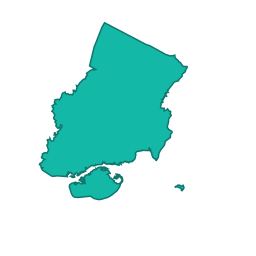 the district of City of Isabela, Philippines, rotated 208°
{"feature_id": "2640588B50898058307541", "entity_name": "City of Isabela", "entity_type": "district", "adm_level": 2, "iso_a3": "PHL", "parent_name": "Philippines", "parent_adm1": "", "projection": "albers", "projection_center": [121.969, 6.657], "detail": "fine", "context": "isolated", "style": "filled", "palette": "teal", "viewbox_px": 256, "rotation_deg": 208, "n_neighbors": 0, "source": "geoboundaries", "source_scale": "gbopen_adm2", "svg_char_len": 5770}
<svg xmlns="http://www.w3.org/2000/svg" viewBox="0 0 256 256"><g transform="rotate(208 128 128)"><path d="M189.0,54.1L187.4,54.0L186.0,52.1L184.7,52.8L185.0,51.5L183.5,50.6L172.9,49.7L171.2,50.3L167.9,52.6L160.7,55.7L160.0,56.5L159.3,56.4L159.6,56.9L158.9,57.0L160.0,58.2L159.9,58.3L159.5,58.1L159.4,58.1L159.1,59.0L159.8,58.4L159.8,59.0L159.0,59.3L159.3,60.1L160.3,60.6L159.8,61.2L159.0,60.7L158.3,61.7L157.3,61.8L156.9,62.5L157.0,61.8L156.3,61.0L154.3,61.7L153.3,61.3L152.9,62.5L153.2,63.2L152.6,64.3L151.6,64.3L150.8,63.4L150.5,63.9L150.3,63.1L149.7,63.7L149.5,63.0L150.4,62.4L149.9,62.3L149.2,63.3L148.3,65.9L149.1,65.5L149.2,66.4L148.6,66.8L148.5,67.7L148.0,67.9L147.8,67.4L147.0,68.1L146.8,67.7L146.3,68.4L146.8,68.2L146.8,68.8L145.2,70.2L146.1,72.1L145.7,72.4L146.5,72.5L146.9,73.2L146.3,73.4L145.1,72.7L142.6,77.7L141.3,78.7L140.8,78.2L139.1,79.7L139.2,80.2L138.9,80.0L137.8,81.3L134.3,83.3L133.8,83.9L134.2,86.2L133.2,85.6L132.8,86.1L131.6,85.9L131.8,86.5L131.2,86.0L129.6,86.6L129.3,86.2L128.4,87.5L127.9,87.2L126.6,88.3L126.4,87.8L125.9,88.1L126.1,88.6L125.5,88.9L125.7,89.3L125.3,88.8L125.5,89.5L125.0,88.8L125.1,89.5L124.8,88.9L124.5,89.6L124.4,88.7L123.5,89.3L123.2,88.8L123.6,90.7L122.9,90.9L122.4,90.1L120.3,90.7L120.1,90.3L118.9,90.8L118.4,91.1L119.2,91.9L119.2,92.8L117.0,92.7L118.4,94.2L116.2,94.8L115.0,97.2L114.6,97.6L113.5,97.0L112.7,97.9L111.3,97.6L110.8,97.9L111.1,98.6L108.5,100.4L108.3,101.0L108.7,101.3L108.0,101.6L107.4,103.8L108.5,108.2L109.7,109.1L109.3,111.2L105.1,114.5L105.3,114.8L98.3,118.2L97.9,118.9L98.7,118.7L100.0,120.1L99.4,120.3L97.9,119.2L96.9,117.8L95.2,117.0L94.8,116.0L92.3,113.8L90.2,113.2L89.3,113.8L88.4,112.7L87.7,112.7L87.5,116.5L88.8,120.0L88.9,123.4L87.8,130.2L88.8,133.8L86.1,139.5L87.5,142.4L87.0,144.9L87.8,145.7L91.1,145.7L93.9,147.2L95.0,152.3L96.3,154.9L95.8,159.4L96.4,160.0L97.2,159.8L97.9,162.4L98.7,162.7L99.4,162.2L102.1,163.5L102.6,162.0L103.8,160.3L104.4,160.2L105.2,162.4L107.8,161.2L109.1,161.5L109.7,164.2L110.5,165.1L110.5,166.6L109.7,166.4L109.3,167.2L110.4,168.3L110.3,170.2L111.2,169.7L110.6,170.8L111.0,171.9L110.4,172.2L110.8,173.8L109.2,173.8L108.8,174.2L109.2,174.5L110.0,174.2L110.2,175.1L111.3,175.7L110.8,176.1L111.1,176.8L110.3,176.9L110.1,177.8L109.4,178.2L110.1,178.4L110.1,179.8L111.0,180.1L110.3,181.3L108.7,190.4L105.5,193.5L105.9,194.3L104.5,199.2L105.5,200.7L103.8,204.7L104.4,206.0L104.2,209.3L104.7,210.0L107.8,208.5L108.9,208.5L112.7,210.5L114.2,210.2L115.1,211.0L119.4,212.1L120.9,214.3L122.6,212.6L124.8,211.4L129.5,210.6L147.6,210.9L150.9,210.2L198.1,209.9L198.3,205.0L195.8,183.1L191.1,164.8L184.0,164.5L185.1,163.4L186.8,163.0L188.2,161.2L190.3,156.8L188.7,155.8L189.2,153.8L188.6,151.5L190.1,150.3L191.7,145.4L192.1,141.5L193.4,141.3L192.0,139.6L191.2,135.9L191.5,135.4L193.0,136.1L194.1,135.5L192.9,134.2L192.4,131.4L194.5,130.7L195.5,129.7L197.1,130.1L198.6,129.1L199.2,129.1L200.3,130.2L202.2,127.9L201.5,124.0L201.7,120.6L203.1,120.6L205.6,118.7L205.1,116.2L203.1,115.3L204.2,114.8L204.8,113.2L204.6,112.4L205.4,112.0L204.4,110.8L203.2,110.6L202.7,110.0L203.0,107.0L201.8,106.9L198.8,105.2L198.4,102.0L197.2,101.0L194.9,100.8L195.3,99.0L193.2,98.1L192.7,96.0L190.2,94.9L189.4,95.1L188.8,96.7L188.7,99.4L187.6,99.3L186.7,97.7L187.2,96.6L188.1,96.0L187.0,95.0L188.5,91.3L187.4,90.9L187.3,89.1L188.4,88.9L189.1,88.1L190.0,89.5L190.6,89.2L189.9,87.1L188.8,87.6L187.8,87.1L188.8,84.4L187.9,82.6L188.0,81.3L189.7,80.5L192.0,82.2L191.7,81.5L192.1,80.8L193.3,80.2L193.7,79.4L192.0,78.1L191.1,75.8L191.6,74.7L187.8,71.3L187.6,68.0L190.1,67.0L191.4,64.9L190.5,63.0L190.8,61.9L190.2,61.1L187.0,61.0L187.5,60.7L188.0,56.6L189.0,55.8L189.0,54.1ZM143.2,41.7L139.5,43.2L129.1,50.2L124.9,49.8L120.8,50.8L118.7,52.0L113.4,57.1L111.0,60.9L108.2,67.6L107.8,72.1L108.4,75.5L107.7,78.3L108.9,80.5L110.7,82.0L111.5,81.7L113.7,82.8L116.9,81.7L116.4,81.0L116.8,80.6L116.4,80.8L115.8,81.9L113.8,81.7L114.9,80.9L114.4,80.5L114.9,80.2L113.6,79.1L114.4,77.8L115.1,78.2L115.7,79.4L116.1,78.6L117.0,78.9L116.9,76.8L114.0,77.9L112.8,81.2L111.4,81.0L109.7,79.9L108.8,80.1L108.5,79.3L108.9,78.3L108.6,77.6L109.3,75.4L108.7,74.6L109.7,74.7L110.3,74.2L110.1,73.7L110.5,74.1L111.1,73.8L111.3,74.4L111.4,73.8L112.4,73.9L111.9,74.3L113.3,73.6L115.4,74.0L115.6,74.5L114.5,75.2L115.7,74.6L119.2,75.8L120.5,75.2L121.2,76.2L123.7,77.4L124.0,78.0L124.3,77.8L123.5,79.5L122.8,79.5L122.3,78.8L122.4,79.6L125.2,81.1L127.4,81.1L128.5,80.5L128.1,79.9L129.1,79.1L129.5,79.5L131.0,79.1L131.4,78.7L131.2,78.5L132.1,78.5L131.8,79.2L132.3,79.1L132.3,79.8L132.7,79.9L132.1,80.2L132.4,80.5L132.1,80.7L128.2,81.4L129.1,81.8L128.0,82.0L128.0,81.6L126.8,82.5L130.3,82.5L130.5,82.0L131.3,82.0L131.7,81.4L132.9,81.2L135.5,79.4L137.0,76.9L136.6,77.0L136.7,76.6L137.1,76.8L136.9,76.4L138.9,74.6L139.3,73.4L139.0,73.0L140.2,71.6L139.9,71.1L140.3,70.7L140.8,71.0L139.3,69.5L140.0,68.5L140.3,69.6L141.3,69.2L141.5,67.9L143.5,66.1L143.3,65.4L143.8,64.6L143.4,63.8L143.2,64.0L142.3,61.7L141.7,61.6L141.9,61.2L141.0,59.8L139.8,59.5L139.8,58.7L141.2,58.7L141.9,57.4L142.9,56.8L146.3,56.6L146.9,55.3L146.5,54.7L147.1,55.1L147.1,54.6L147.6,54.8L147.2,54.4L147.2,54.0L148.0,54.7L147.8,54.0L149.1,52.8L148.5,54.0L149.5,54.7L148.1,55.4L148.8,55.5L151.9,52.5L152.9,50.3L152.0,48.3L147.1,43.5L145.1,42.2L143.2,41.7ZM58.4,98.0L57.3,99.1L53.4,99.5L52.0,99.2L51.5,97.9L50.9,98.0L50.4,100.4L50.6,101.7L52.5,103.3L53.5,101.8L55.9,101.7L57.3,100.8L57.7,99.4L58.7,98.6L58.4,98.0ZM144.2,58.9L142.7,58.5L142.4,59.3L143.1,61.2L143.6,61.9L144.0,61.6L144.5,62.8L145.1,63.0L145.9,62.3L146.0,63.4L146.3,61.6L145.2,61.1L146.2,60.1L146.1,59.6L146.6,59.5L146.5,59.0L145.5,58.9L145.4,59.5L144.2,59.5L144.2,58.9ZM153.7,58.3L152.2,59.3L151.7,60.2L153.0,59.3L153.7,60.0L155.7,59.0L156.1,58.4L153.7,58.3Z" fill="#14b8a6" stroke="#0f766e" stroke-width="1.5"/></g></svg>